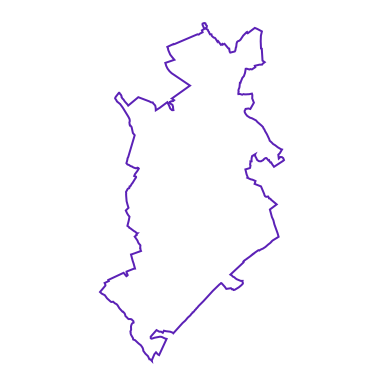 Trusesti, Botosani, Romania (Albers equal-area conic projection)
{"feature_id": "2599482B20479262560509", "entity_name": "Trusesti", "entity_type": "district", "adm_level": 2, "iso_a3": "ROU", "parent_name": "Romania", "parent_adm1": "Botosani", "projection": "albers", "projection_center": [26.998, 47.76], "detail": "fine", "context": "isolated", "style": "outline", "palette": "violet", "viewbox_px": 384, "rotation_deg": 0, "n_neighbors": 0, "source": "geoboundaries", "source_scale": "gbopen_adm2", "svg_char_len": 5977}
<svg xmlns="http://www.w3.org/2000/svg" viewBox="0 0 384 384"><path d="M278.6,236.8L277.6,233.3L274.4,224.4L273.4,220.3L271.9,217.0L269.9,209.5L276.7,204.4L270.7,199.4L270.6,199.0L269.6,198.4L269.0,198.3L269.0,198.0L268.1,196.5L266.6,196.8L265.6,196.6L265.0,196.1L264.5,195.2L264.2,194.0L261.0,186.4L254.6,183.9L255.5,181.0L252.5,179.7L250.7,179.3L247.4,177.8L247.8,177.4L246.6,174.4L245.4,169.4L249.8,168.1L250.1,167.8L250.5,165.4L250.2,165.1L250.1,164.4L250.5,161.8L250.4,161.4L251.6,161.3L251.5,159.5L251.7,157.8L252.1,156.1L252.8,155.9L253.0,155.5L255.2,154.2L255.0,154.6L255.0,154.9L255.2,155.7L255.2,156.3L256.0,157.5L257.1,159.9L258.6,161.0L259.1,161.2L260.9,161.3L263.2,160.1L263.8,159.3L265.1,158.3L266.0,158.0L266.5,158.1L268.5,160.5L269.1,160.2L269.4,161.0L270.3,162.5L270.8,162.7L271.2,162.5L272.2,164.3L274.0,166.8L283.2,160.8L284.0,160.1L283.2,158.1L281.9,157.1L280.4,157.0L279.9,157.2L279.3,158.2L278.8,158.6L278.3,154.7L279.9,153.1L282.0,149.5L281.0,149.2L277.8,147.3L275.1,145.2L273.1,144.0L271.6,142.4L269.7,140.7L269.3,139.3L266.9,134.2L265.0,131.0L264.3,129.3L263.6,128.6L263.1,127.2L261.7,125.7L257.4,122.0L256.0,120.4L252.0,118.3L249.8,117.6L247.1,115.8L245.7,114.0L244.8,112.4L244.6,111.1L244.8,110.5L245.7,109.2L245.7,108.9L248.4,108.5L250.3,109.0L253.9,102.7L252.2,98.4L252.3,96.6L252.3,94.9L251.9,93.6L249.2,94.2L244.9,94.4L243.5,94.1L242.2,94.7L240.0,94.0L238.4,94.1L238.3,93.1L238.7,91.8L238.4,91.0L238.6,89.5L239.3,87.8L239.5,87.0L239.9,82.8L240.5,82.8L240.8,81.7L242.4,77.8L243.9,76.1L245.0,73.0L245.7,68.8L246.7,68.7L249.4,69.5L250.3,69.1L251.9,69.4L255.3,67.2L254.8,65.8L259.3,64.7L262.1,64.6L262.8,63.6L264.7,62.2L262.5,60.6L262.5,60.4L261.8,48.9L261.8,48.7L261.0,48.5L260.7,41.2L260.9,35.7L261.9,31.4L257.4,29.0L254.8,27.9L247.7,33.3L247.3,33.1L247.0,32.0L246.6,32.2L243.2,35.6L240.5,39.7L239.3,40.7L237.8,41.3L237.2,41.8L236.6,43.4L236.2,47.0L235.9,47.3L235.3,50.6L234.7,51.5L230.3,52.6L229.7,51.7L229.5,50.8L229.2,48.6L228.6,48.6L228.2,48.2L224.5,43.8L222.5,44.7L222.3,44.0L220.9,44.8L217.9,40.8L217.6,40.8L217.3,41.5L215.3,38.3L214.7,37.8L213.7,37.6L212.4,36.5L211.7,35.7L211.5,34.9L211.5,34.4L210.7,34.2L210.0,34.3L209.2,32.8L209.1,32.1L208.8,31.9L208.4,31.2L208.2,31.0L208.0,30.2L207.7,29.7L205.5,28.6L205.4,28.1L206.2,27.9L206.6,27.5L206.9,25.9L205.6,24.4L205.6,23.7L205.4,23.3L204.2,23.0L202.6,23.6L202.5,24.1L202.5,24.8L204.3,28.9L201.9,30.4L202.6,32.3L199.9,33.6L198.9,34.5L198.3,34.6L197.5,34.3L197.2,34.4L174.7,44.0L172.9,44.5L172.9,44.3L167.3,46.9L167.6,47.7L168.0,48.3L168.1,49.4L168.4,50.4L170.2,54.6L172.2,57.2L174.4,59.8L165.3,62.9L166.3,66.1L167.6,68.7L169.5,71.2L171.6,73.2L190.0,85.6L171.9,98.5L172.5,98.8L173.1,99.5L174.1,100.2L173.2,101.0L171.2,101.3L170.7,101.5L170.3,102.0L169.7,102.0L169.5,102.5L171.0,104.0L172.4,104.8L172.9,106.4L173.1,107.1L173.0,107.7L173.4,110.1L172.4,110.2L171.9,110.1L170.2,108.5L169.1,105.6L167.3,102.2L159.6,107.9L155.8,110.3L155.7,108.0L155.3,105.9L155.0,105.3L153.0,103.1L152.8,102.5L151.0,102.3L149.4,101.4L138.3,97.2L128.2,105.6L127.5,104.5L124.8,101.5L123.4,99.4L122.5,98.6L121.5,97.0L121.6,96.3L120.8,94.6L119.9,93.8L119.4,92.8L118.9,92.8L115.7,96.9L115.1,98.2L115.6,99.2L116.5,100.4L116.9,101.4L120.2,104.1L122.8,107.7L128.4,116.8L129.5,119.0L129.7,120.2L129.8,121.0L129.4,122.4L129.7,124.9L129.9,125.3L130.1,125.1L130.8,126.0L131.6,127.1L132.9,133.0L134.7,135.2L128.2,157.1L127.5,158.4L127.5,159.0L127.0,161.2L126.4,163.2L127.5,164.5L129.0,165.0L130.6,166.1L132.0,166.5L132.4,166.9L134.0,167.7L136.0,168.3L136.7,168.2L137.3,167.7L138.3,168.0L138.8,168.6L137.4,170.9L135.0,174.1L134.2,176.0L136.0,176.7L136.1,177.1L135.8,177.8L134.9,179.1L132.4,183.2L132.0,183.5L130.5,186.0L130.3,186.3L129.6,186.4L129.2,188.2L128.6,188.3L127.7,188.9L126.0,192.0L126.2,193.3L126.1,194.1L126.2,196.2L126.6,201.2L127.5,204.6L128.5,207.8L125.8,210.5L127.1,213.3L128.2,215.1L129.5,216.7L128.7,220.8L127.4,225.9L128.9,227.0L129.2,227.7L130.2,228.2L133.9,231.0L135.3,231.8L137.0,233.3L137.5,233.3L136.4,234.4L136.7,235.0L134.7,236.6L137.5,240.6L137.8,241.6L138.7,243.4L140.2,245.0L140.4,245.4L140.2,247.5L140.3,247.8L140.1,248.3L140.5,248.9L140.5,249.8L141.0,251.0L132.3,254.1L131.0,254.5L132.7,260.9L133.6,263.5L135.0,268.6L133.9,268.7L126.5,271.6L126.5,272.2L127.7,275.1L127.3,275.6L126.4,276.2L123.6,272.8L108.2,280.0L108.3,280.5L108.7,281.1L104.6,283.0L105.2,284.2L105.4,285.1L105.4,285.6L100.0,292.0L101.7,293.6L104.8,295.2L107.1,298.4L110.9,301.8L111.7,302.0L113.1,301.7L114.9,303.3L116.6,304.2L117.6,305.3L119.4,308.3L122.6,311.8L123.1,311.7L124.6,313.4L125.0,314.3L125.5,316.1L127.3,317.8L127.8,318.5L128.8,319.1L130.0,319.0L131.5,319.3L133.4,321.2L133.6,322.6L132.3,323.3L131.6,324.3L131.0,326.3L131.1,329.8L130.5,331.2L130.4,331.8L130.7,332.2L130.6,333.0L130.7,333.8L131.1,334.9L133.0,338.2L133.2,339.5L135.1,340.2L138.6,343.5L140.9,345.3L142.5,347.6L143.2,349.5L143.3,350.8L145.4,353.7L148.0,356.2L149.4,359.3L150.4,359.4L151.9,361.0L151.8,360.3L154.4,354.2L156.0,352.3L157.9,354.4L159.1,355.1L166.6,338.9L164.8,338.4L161.7,336.9L160.0,336.7L154.7,337.7L151.7,338.7L150.8,338.3L150.7,336.7L156.5,330.1L159.3,331.7L161.1,331.7L162.8,332.8L163.9,330.7L165.9,331.2L170.2,331.7L172.8,332.7L173.3,333.3L182.6,323.0L185.3,320.6L187.8,317.6L190.3,315.4L191.4,313.9L192.6,312.8L192.6,312.4L193.8,311.7L195.0,310.0L195.8,309.4L196.4,308.4L197.1,307.9L198.6,306.0L203.4,301.2L212.9,290.8L219.6,284.3L220.8,283.5L221.0,283.1L221.4,283.1L222.0,283.7L224.8,286.8L226.3,288.9L230.9,288.2L232.0,289.3L232.6,289.1L232.9,289.2L233.5,290.0L234.7,289.8L238.7,287.4L241.4,285.2L242.8,283.7L242.9,283.4L242.7,282.1L242.2,281.4L242.4,280.9L240.8,280.9L236.9,279.3L235.5,278.4L234.4,277.3L232.7,276.5L231.9,275.5L230.4,274.6L243.6,262.3L243.8,261.6L243.5,261.4L244.0,260.8L250.0,256.5L252.5,254.6L252.2,254.6L252.9,254.0L258.4,250.2L259.4,250.5L260.2,249.8L263.3,248.4L264.1,247.8L265.4,247.0L268.1,244.6L270.2,243.0L271.4,241.8L271.4,241.6L272.6,240.5L278.6,236.8Z" fill="none" stroke="#5b21b6" stroke-width="2"/></svg>